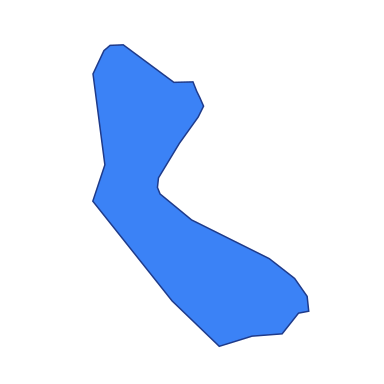 San Antonio Aguas Calientes, Sacatepéquez, Guatemala, rotated 172°
{"feature_id": "79465075B38855532318009", "entity_name": "San Antonio Aguas Calientes", "entity_type": "district", "adm_level": 2, "iso_a3": "GTM", "parent_name": "Guatemala", "parent_adm1": "Sacatepéquez", "projection": "equal_earth", "projection_center": [-90.785, 14.552], "detail": "fine", "context": "isolated", "style": "filled", "palette": "blue", "viewbox_px": 384, "rotation_deg": 172, "n_neighbors": 0, "source": "geoboundaries", "source_scale": "gbopen_adm2", "svg_char_len": 484}
<svg xmlns="http://www.w3.org/2000/svg" viewBox="0 0 384 384"><g transform="rotate(172 192 192)"><path d="M186.5,35.4L152.7,40.9L122.5,39.0L103.4,57.2L93.0,57.7L92.5,72.6L102.4,92.1L124.7,115.2L196.3,164.4L223.9,194.5L225.6,201.3L223.2,210.7L197.6,242.1L175.5,265.3L168.6,275.4L171.2,284.6L173.3,291.0L175.7,300.9L194.7,303.1L239.6,347.3L252.7,348.6L259.5,344.3L273.6,322.7L274.5,231.0L291.5,196.7L226.8,86.8L186.5,35.4Z" fill="#3b82f6" stroke="#1e3a8a" stroke-width="1.5"/></g></svg>